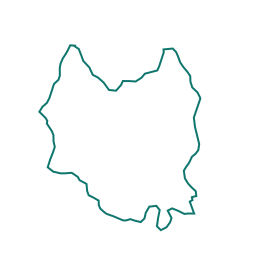 Suncheon-si, South Jeolla, South Korea, rotated 18°
{"feature_id": "91817680B16002130574290", "entity_name": "Suncheon-si", "entity_type": "district", "adm_level": 2, "iso_a3": "KOR", "parent_name": "South Korea", "parent_adm1": "South Jeolla", "projection": "mercator", "projection_center": [127.399, 35.008], "detail": "fine", "context": "isolated", "style": "outline", "palette": "teal", "viewbox_px": 256, "rotation_deg": 18, "n_neighbors": 0, "source": "geoboundaries", "source_scale": "gbopen_adm2", "svg_char_len": 1509}
<svg xmlns="http://www.w3.org/2000/svg" viewBox="0 0 256 256"><g transform="rotate(18 128 128)"><path d="M52.0,66.1L47.5,67.2L47.0,71.1L46.0,76.5L44.5,81.9L44.0,87.4L44.5,91.8L47.0,99.2L47.0,103.6L44.0,109.0L44.0,117.4L44.0,123.8L43.1,129.2L40.1,134.2L38.7,140.0L46.5,143.9L49.0,146.1L49.5,148.9L56.4,154.4L59.3,157.8L61.3,163.7L64.2,168.6L64.2,174.6L63.7,181.9L63.8,190.2L70.4,192.6L77.7,192.0L81.5,190.8L88.4,188.0L95.3,190.0L98.1,192.6L105.8,194.0L108.6,200.5L111.4,204.1L115.8,204.7L122.5,206.1L124.1,210.4L126.5,213.2L130.0,214.8L133.8,216.2L137.4,216.4L140.7,216.4L151.9,217.4L154.9,216.4L158.3,214.0L163.7,214.0L169.2,213.5L171.6,209.0L171.1,203.1L172.6,196.2L179.0,193.3L183.5,196.2L184.4,204.1L185.9,212.5L190.8,215.0L195.3,210.5L197.2,204.6L197.2,200.2L191.3,194.3L194.8,190.8L201.7,191.3L208.1,192.3L211.5,190.8L214.5,189.8L217.3,188.9L217.2,188.8L209.5,178.9L211.6,176.6L210.1,174.1L212.2,172.7L214.0,171.6L212.0,167.2L206.6,164.7L202.2,162.2L197.7,158.3L194.3,151.4L195.3,147.0L196.8,142.5L197.7,135.6L200.2,131.7L201.7,127.3L200.7,121.3L194.3,111.0L191.3,106.1L187.4,97.7L187.7,77.7L186.9,76.5L183.0,72.6L176.6,69.6L173.1,64.7L171.1,59.3L167.2,56.3L161.8,52.9L157.3,49.4L153.9,45.0L150.4,41.0L146.0,38.6L137.5,42.3L138.6,45.0L138.6,51.9L138.6,59.3L138.1,64.2L127.3,71.1L125.3,76.0L120.9,81.4L115.0,82.9L108.6,84.9L108.1,89.3L105.1,96.2L98.2,97.7L90.8,92.3L83.9,89.3L78.0,88.3L72.6,82.4L64.7,78.0L61.3,73.6L56.8,68.1L51.9,66.7L52.0,66.1Z" fill="none" stroke="#0f766e" stroke-width="2"/></g></svg>